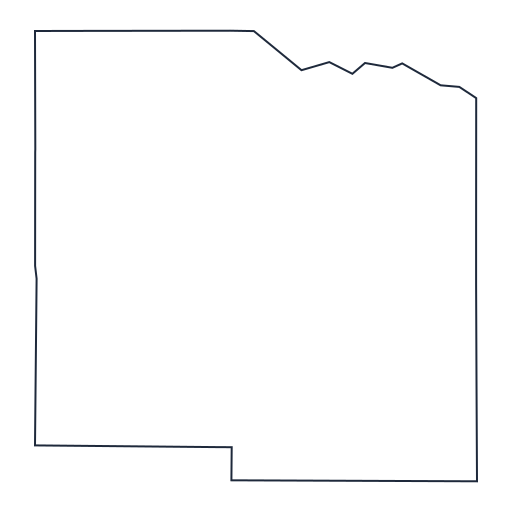 Lafayette, Mississippi, United States of America
{"feature_id": "52423323B80507694011137", "entity_name": "Lafayette", "entity_type": "district", "adm_level": 2, "iso_a3": "USA", "parent_name": "United States of America", "parent_adm1": "Mississippi", "projection": "natural_earth1", "projection_center": [-89.454, 34.358], "detail": "fine", "context": "isolated", "style": "outline", "palette": "slate", "viewbox_px": 512, "rotation_deg": 0, "n_neighbors": 0, "source": "geoboundaries", "source_scale": "gbopen_adm2", "svg_char_len": 419}
<svg xmlns="http://www.w3.org/2000/svg" viewBox="0 0 512 512"><path d="M476.1,231.4L476.2,98.1L459.3,86.9L440.6,85.3L402.2,63.4L392.4,67.8L365.0,63.0L352.4,73.8L329.3,62.1L301.5,70.2L253.9,31.1L230.3,30.7L84.1,30.9L35.0,31.0L35.3,149.3L35.2,152.0L35.1,265.9L36.6,278.7L35.0,445.4L215.5,447.1L231.7,447.2L231.4,480.3L477.0,481.3L476.5,381.1L476.1,283.5L476.1,231.4Z" fill="none" stroke="#1e293b" stroke-width="2"/></svg>